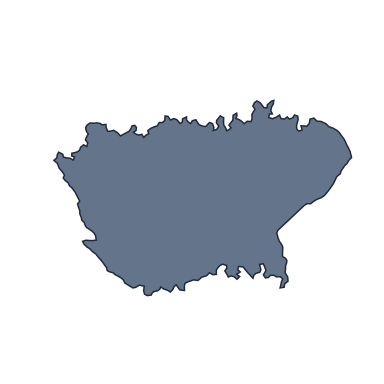 outline of Coronel Bicaco, Rio Grande do Sul, Brazil, rotated 108°
{"feature_id": "56859067B35030756743824", "entity_name": "Coronel Bicaco", "entity_type": "district", "adm_level": 2, "iso_a3": "BRA", "parent_name": "Brazil", "parent_adm1": "Rio Grande do Sul", "projection": "orthographic", "projection_center": [-53.654, -27.806], "detail": "fine", "context": "isolated", "style": "filled", "palette": "slate", "viewbox_px": 384, "rotation_deg": 108, "n_neighbors": 0, "source": "geoboundaries", "source_scale": "gbopen_adm2", "svg_char_len": 3941}
<svg xmlns="http://www.w3.org/2000/svg" viewBox="0 0 384 384"><g transform="rotate(108 192 192)"><path d="M109.9,50.9L104.4,54.3L101.7,56.9L99.6,59.2L96.8,61.6L94.5,64.0L92.0,67.6L90.3,69.8L88.9,72.3L87.7,77.2L87.6,81.9L85.7,85.7L85.0,91.0L86.0,95.2L84.0,98.9L86.3,102.3L90.6,101.6L94.1,103.2L94.5,105.8L95.4,108.8L99.0,106.4L101.1,109.4L99.6,111.9L96.5,113.1L93.5,113.3L90.5,113.4L87.2,114.8L87.1,118.3L90.4,119.2L92.6,121.9L91.1,124.6L94.1,126.7L94.6,130.2L91.8,132.5L94.9,135.1L97.4,138.1L97.5,142.0L94.0,142.5L92.9,139.7L90.2,142.3L86.5,142.6L83.2,141.9L79.6,142.5L81.1,144.6L83.4,145.8L85.6,147.3L88.7,146.7L89.5,149.8L86.1,154.6L85.3,158.4L87.7,160.2L91.5,160.7L93.8,157.7L96.6,158.4L99.8,159.0L103.7,157.5L106.9,157.7L107.6,161.3L111.0,163.6L109.4,166.7L108.6,169.5L108.5,172.9L105.5,172.8L103.2,173.9L106.4,176.6L111.2,175.3L114.2,176.6L117.0,177.5L118.9,174.8L121.2,175.9L123.0,177.8L120.4,180.1L118.7,182.3L115.8,183.6L111.6,184.8L110.9,188.7L113.5,189.6L116.2,190.7L118.6,190.2L121.2,186.8L124.9,187.9L126.9,190.7L123.8,191.1L120.6,193.7L120.5,196.8L123.1,198.2L125.4,199.0L126.1,202.1L125.8,206.0L124.1,208.3L122.1,210.7L124.1,213.7L127.4,214.5L126.5,217.3L124.9,219.6L122.3,220.4L125.3,223.6L128.3,222.8L130.6,224.5L128.0,228.5L127.7,231.8L130.2,234.8L127.5,238.2L128.0,241.1L132.3,240.0L135.1,241.6L136.0,244.6L139.8,245.4L142.2,248.7L144.2,250.9L147.3,253.0L149.9,251.2L152.1,253.3L155.0,254.8L152.6,257.5L154.4,260.3L154.2,263.6L153.2,266.1L150.8,264.2L147.8,264.8L146.3,267.0L147.6,269.4L150.8,269.7L153.7,270.6L156.2,273.0L159.0,275.7L160.8,277.4L158.7,281.0L157.5,285.5L159.4,288.4L160.3,291.0L157.3,293.5L154.3,294.8L155.9,298.0L155.2,300.7L155.7,303.9L156.9,306.6L157.9,310.4L160.9,312.5L163.5,313.1L166.5,311.5L169.0,308.6L171.5,309.2L175.3,309.5L177.4,306.4L181.3,306.1L180.6,309.7L183.9,311.8L186.8,311.8L189.0,313.2L190.6,315.4L192.3,318.3L195.0,317.4L195.0,314.5L198.3,314.8L197.6,318.4L198.3,321.7L198.5,324.9L196.0,326.7L195.3,331.1L198.1,331.7L201.3,331.1L204.6,333.1L206.4,328.9L210.4,325.6L213.1,321.3L215.3,318.5L218.5,318.8L220.4,315.9L221.6,312.5L223.9,310.5L225.4,307.1L228.6,302.7L232.0,299.4L235.5,295.9L238.7,297.2L242.0,294.9L244.2,293.1L247.6,291.8L250.5,289.4L252.9,288.1L254.2,285.1L256.3,283.7L258.3,281.4L259.1,278.4L260.0,275.4L261.3,272.5L263.3,270.2L267.3,268.2L269.1,271.9L270.7,278.1L272.7,280.8L274.9,278.7L276.8,274.9L277.4,272.1L279.2,268.8L280.8,264.1L283.0,260.9L284.6,258.1L286.6,255.0L288.6,252.4L290.4,249.8L292.9,248.4L293.4,245.7L293.2,242.3L294.4,239.3L294.9,236.3L295.5,233.2L296.8,230.1L299.2,227.9L300.4,223.4L301.5,218.6L300.2,216.2L296.8,213.2L296.4,208.3L300.8,207.5L303.8,205.6L304.4,202.6L302.6,198.9L300.0,198.6L297.9,196.8L296.6,194.1L294.4,192.7L292.0,192.3L293.0,188.9L293.0,184.9L293.8,181.6L290.7,180.1L287.3,179.8L285.2,178.3L288.9,173.4L288.0,168.7L284.1,170.1L281.2,170.5L278.9,168.4L276.9,165.6L275.1,163.4L274.3,159.0L269.9,156.3L267.1,152.2L263.5,150.5L264.2,146.6L262.8,143.4L258.7,144.7L256.1,144.0L253.1,142.6L251.2,140.5L251.2,136.5L253.6,135.3L256.9,136.4L259.6,133.2L261.7,131.2L259.7,128.9L259.6,125.7L261.1,122.2L257.7,120.5L256.4,124.2L253.1,121.4L252.0,124.4L248.4,124.7L247.5,120.1L249.1,117.7L251.0,114.9L253.1,111.0L255.2,107.4L251.9,107.5L249.4,105.8L247.4,102.7L244.6,102.5L242.4,103.9L240.0,105.4L238.2,102.0L240.7,99.8L243.8,97.4L248.8,98.5L251.0,95.7L249.8,93.1L247.1,91.7L245.9,88.6L246.6,85.2L245.3,82.0L246.5,78.9L249.4,79.2L251.9,78.9L256.0,78.6L254.1,74.9L250.6,75.5L247.3,73.1L243.3,74.7L239.9,78.6L236.4,79.2L233.3,80.2L230.1,80.1L227.6,80.7L226.0,82.9L225.5,85.9L222.3,87.0L219.0,87.9L216.4,88.6L214.1,90.7L211.8,93.8L208.3,96.5L204.7,98.8L201.7,98.4L169.9,81.0L167.5,78.8L166.4,75.4L163.5,73.6L160.4,70.9L157.8,67.7L154.8,65.2L150.1,63.2L146.8,62.1L143.5,61.0L140.4,60.1L136.6,59.6L132.7,59.1L128.7,56.5L126.3,56.8L123.2,55.9L119.7,54.9L117.1,53.4L113.8,52.7L109.9,50.9Z" fill="#64748b" stroke="#1e293b" stroke-width="1.5"/></g></svg>